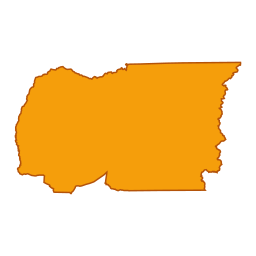 the district of El Pangui, Zamora Chinchipe, Ecuador
{"feature_id": "8360857B57489769890627", "entity_name": "El Pangui", "entity_type": "district", "adm_level": 2, "iso_a3": "ECU", "parent_name": "Ecuador", "parent_adm1": "Zamora Chinchipe", "projection": "orthographic", "projection_center": [-78.54, -3.624], "detail": "fine", "context": "isolated", "style": "filled", "palette": "amber", "viewbox_px": 256, "rotation_deg": 0, "n_neighbors": 0, "source": "geoboundaries", "source_scale": "gbopen_adm2", "svg_char_len": 5720}
<svg xmlns="http://www.w3.org/2000/svg" viewBox="0 0 256 256"><path d="M240.5,62.4L182.5,62.9L166.9,63.2L140.7,64.0L129.2,64.2L128.9,64.2L127.9,64.8L127.2,64.4L126.8,63.8L126.6,63.8L126.1,64.0L125.7,64.5L125.8,64.8L127.1,65.6L127.1,65.8L126.8,67.3L126.4,67.9L126.5,69.7L126.2,70.3L125.9,70.1L125.6,69.4L124.9,69.1L124.5,68.6L124.1,68.8L123.6,69.4L122.6,69.4L122.3,68.9L122.2,68.2L121.6,67.8L121.1,68.1L120.7,69.1L119.3,69.2L117.8,69.7L116.8,70.7L116.9,71.6L116.1,72.4L113.5,72.6L112.4,73.4L111.8,73.1L111.6,72.2L111.3,72.0L108.1,72.4L107.8,72.7L107.4,73.7L106.9,73.7L105.9,73.3L105.3,73.4L104.6,74.0L103.6,75.4L103.1,75.8L103.0,76.4L102.6,76.6L101.4,76.9L100.0,76.9L98.9,77.4L97.9,77.5L97.1,78.2L95.9,77.4L95.8,76.9L94.4,76.6L92.7,78.0L92.2,78.9L91.7,79.1L90.7,78.5L89.2,78.6L88.0,77.7L84.2,76.3L83.5,76.2L83.0,76.5L81.7,75.1L79.5,75.0L79.1,74.1L78.8,73.9L77.2,73.7L76.5,73.2L75.1,72.9L74.3,71.9L73.0,71.4L71.7,69.7L70.9,69.1L67.3,69.4L66.2,69.1L64.2,67.9L62.9,66.6L60.9,66.9L60.2,67.1L59.7,67.5L58.8,67.6L58.1,68.5L56.7,68.5L56.1,69.7L55.6,70.0L52.4,69.5L51.2,69.1L50.8,69.2L50.0,70.9L48.2,71.9L47.7,72.4L47.5,72.8L47.6,73.6L47.0,74.2L46.2,74.3L44.9,74.1L44.2,74.6L43.3,74.5L41.9,76.1L40.7,76.4L38.9,76.4L37.3,77.2L36.0,77.4L35.6,77.8L34.5,81.1L34.6,82.8L33.6,84.1L33.7,86.4L33.2,87.0L32.2,87.1L31.3,87.8L30.4,88.7L29.7,90.0L29.0,93.6L28.7,94.2L27.7,95.1L26.9,96.5L27.0,97.5L26.6,99.0L26.8,99.5L27.3,100.2L26.0,102.8L24.4,104.9L23.9,106.2L22.6,106.5L22.1,107.0L21.4,109.1L21.5,110.7L21.2,111.4L20.9,113.4L20.6,113.8L19.9,114.4L19.5,115.7L18.9,116.3L18.6,119.0L18.8,120.1L18.7,120.9L17.9,122.0L17.2,123.7L16.3,124.9L16.4,125.6L15.7,127.1L15.8,128.2L15.7,128.9L16.0,129.2L15.7,130.2L16.2,131.1L16.5,132.9L15.9,133.9L16.0,134.8L15.5,135.4L16.1,136.0L15.4,136.6L15.6,137.5L16.1,137.8L15.9,138.9L16.5,140.0L15.6,140.4L15.5,140.5L15.8,141.9L16.8,142.7L16.6,143.5L16.5,144.4L17.2,145.1L18.5,146.0L17.8,146.8L18.3,147.5L18.1,148.7L18.8,149.2L18.3,150.0L18.3,150.6L18.4,150.9L19.1,150.8L19.4,151.0L19.1,151.8L19.3,153.4L18.8,153.9L18.7,155.4L18.9,155.7L19.4,156.0L19.7,156.6L19.8,157.4L19.7,157.9L20.0,158.4L19.7,159.0L20.0,159.4L20.0,160.3L20.5,161.0L20.7,162.5L20.5,163.1L20.8,163.7L20.5,164.5L20.6,164.9L20.1,164.9L19.9,165.2L19.7,166.9L18.4,168.0L17.8,168.2L17.6,168.7L17.6,169.2L18.0,169.8L18.3,171.7L19.5,172.7L19.8,173.7L22.3,174.8L23.7,174.1L24.5,174.0L25.6,174.3L27.7,173.7L31.6,175.4L35.1,175.9L36.3,175.8L37.1,175.3L37.8,175.4L39.0,175.1L43.4,175.1L44.5,176.0L44.3,177.1L44.0,182.4L46.6,183.8L49.5,185.0L49.8,185.4L49.5,186.0L49.6,186.4L50.3,186.7L50.8,187.4L51.3,187.6L51.8,188.1L52.9,188.3L53.6,188.9L53.2,190.0L53.7,191.6L54.0,192.2L69.9,192.5L70.6,193.4L71.0,193.6L71.3,193.3L71.9,192.0L72.9,191.3L73.9,189.9L75.2,187.6L75.4,186.7L75.9,186.2L76.5,185.9L78.3,185.8L79.8,186.2L81.6,185.9L86.2,184.3L89.6,183.4L93.9,181.8L103.9,174.9L106.8,172.2L106.7,173.8L105.6,181.4L105.7,181.9L105.2,182.8L105.2,183.4L105.5,183.5L106.1,183.5L106.0,184.2L106.2,184.6L106.9,184.3L108.0,184.7L108.0,185.0L108.5,185.2L109.0,185.9L109.5,186.1L110.1,186.7L110.2,187.3L110.9,188.4L111.7,188.8L112.9,188.8L114.4,189.3L115.1,189.2L116.0,189.9L117.9,190.6L118.4,190.6L119.3,190.1L120.7,189.7L121.4,190.1L122.1,190.0L124.0,190.5L128.0,190.5L128.7,190.7L159.0,190.4L205.0,190.2L204.7,189.9L204.8,189.3L204.5,189.1L204.3,188.4L204.8,187.0L204.6,185.2L204.9,184.0L204.6,182.8L204.1,182.2L203.5,181.7L203.4,181.3L202.7,181.3L202.6,180.9L201.9,181.1L201.8,180.6L201.2,180.0L202.5,178.7L202.5,177.3L202.0,177.1L201.8,176.8L201.1,176.4L201.4,176.2L201.2,175.8L201.4,175.6L201.1,175.5L201.1,174.4L201.4,174.0L201.4,173.2L201.7,172.5L202.0,172.1L202.5,172.1L203.4,171.5L204.4,170.0L206.3,169.7L207.1,170.8L208.7,171.8L208.8,172.3L209.3,172.2L209.7,171.8L211.1,172.2L212.3,171.5L212.9,171.9L213.2,171.5L213.8,171.9L214.2,171.5L215.0,172.2L215.4,171.8L215.8,171.8L216.1,172.2L217.1,172.6L217.2,171.4L217.9,171.2L218.0,170.7L219.4,170.3L219.5,169.7L219.8,168.9L219.3,167.5L220.0,166.1L220.8,165.1L221.5,164.7L221.8,164.3L221.3,163.8L221.3,161.8L221.0,161.4L220.9,160.8L220.2,160.1L219.2,159.9L218.9,159.6L218.6,159.6L218.2,159.8L217.9,159.8L217.3,159.0L217.5,158.2L218.0,157.8L218.5,157.7L219.4,155.6L219.9,155.0L219.5,154.4L219.5,153.6L220.5,151.9L220.0,150.5L219.5,150.0L218.7,149.9L218.1,149.3L216.7,148.6L216.6,148.4L216.6,147.5L216.1,147.1L215.5,146.3L215.6,146.1L216.6,146.0L217.3,144.9L219.1,143.8L221.1,141.3L221.8,141.1L223.7,141.0L225.7,139.4L225.2,138.6L225.1,138.0L224.6,137.7L224.5,137.0L224.0,136.3L224.0,135.7L222.7,135.4L222.6,134.3L221.4,133.2L220.5,132.7L220.5,130.6L218.5,128.2L218.8,126.7L218.1,126.0L218.7,125.7L219.1,125.3L219.8,124.1L220.0,123.3L220.0,122.8L219.5,122.5L219.2,121.5L219.3,120.2L218.7,119.9L218.0,119.1L218.4,118.4L219.8,118.2L221.1,116.5L221.0,115.5L221.5,115.0L221.7,114.4L222.2,114.0L221.9,112.5L222.1,111.9L221.6,111.2L221.5,110.3L221.1,109.8L219.4,108.5L219.3,108.3L220.5,108.0L221.9,107.1L221.2,106.3L220.8,106.2L220.8,104.9L221.0,104.6L221.7,104.3L222.2,103.5L223.0,102.9L223.0,102.7L222.5,101.8L221.5,101.2L221.4,98.8L222.5,98.9L224.2,98.5L223.9,98.1L223.8,97.3L223.4,96.7L223.9,95.4L224.9,94.8L225.0,94.3L225.3,93.8L225.4,93.3L225.0,91.8L225.2,90.6L225.7,90.0L227.2,89.9L227.6,89.6L227.3,88.8L226.5,87.4L225.7,87.0L225.4,86.4L225.4,86.0L225.8,85.5L225.7,85.3L224.5,85.3L223.8,85.8L223.4,85.3L222.7,85.2L222.4,84.9L222.3,84.4L223.2,83.2L223.8,83.0L225.0,81.1L225.5,81.2L227.2,80.3L229.1,78.3L229.6,78.2L230.0,78.3L230.3,78.6L230.5,78.5L231.8,77.1L232.0,75.6L232.8,75.6L233.7,74.4L233.5,73.7L232.9,73.4L233.0,73.1L234.2,72.5L237.1,71.9L237.5,71.3L237.9,70.2L237.6,69.5L236.3,68.2L236.3,67.4L239.6,64.9L240.1,65.2L240.4,65.1L240.6,63.2L240.5,62.4Z" fill="#f59e0b" stroke="#b45309" stroke-width="1.5"/></svg>